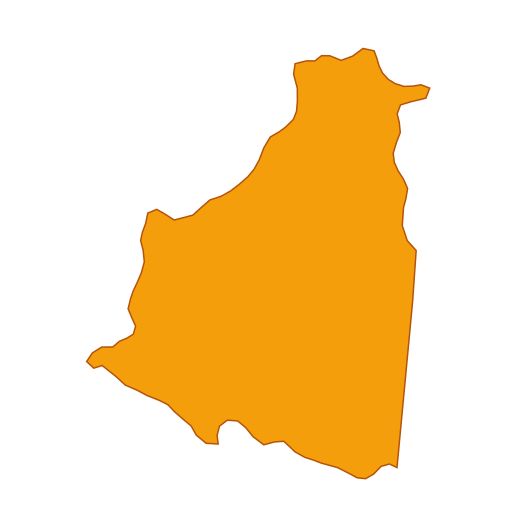 São João do Manteninha, Minas Gerais, Brazil, rotated 274°
{"feature_id": "56859067B59814969540954", "entity_name": "São João do Manteninha", "entity_type": "district", "adm_level": 2, "iso_a3": "BRA", "parent_name": "Brazil", "parent_adm1": "Minas Gerais", "projection": "orthographic", "projection_center": [-41.155, -18.739], "detail": "fine", "context": "isolated", "style": "filled", "palette": "amber", "viewbox_px": 512, "rotation_deg": 274, "n_neighbors": 0, "source": "geoboundaries", "source_scale": "gbopen_adm2", "svg_char_len": 1545}
<svg xmlns="http://www.w3.org/2000/svg" viewBox="0 0 512 512"><g transform="rotate(274 256 256)"><path d="M54.8,411.4L221.2,415.4L244.8,415.4L272.6,415.4L281.9,405.8L296.5,399.8L306.9,399.8L314.7,399.8L324.1,401.6L333.9,402.5L342.9,397.8L350.9,391.8L359.1,387.4L368.0,385.7L379.1,388.2L389.2,391.3L399.3,389.6L407.6,386.9L416.8,389.6L420.6,399.5L425.3,414.4L435.6,417.6L438.3,408.5L436.4,400.7L435.5,391.8L437.7,382.6L441.4,375.7L447.4,369.4L454.2,365.5L461.6,362.8L468.9,359.5L470.5,348.3L462.1,338.4L457.1,327.3L460.9,315.6L460.4,307.4L454.7,301.1L454.2,292.8L450.6,281.6L440.1,280.8L426.3,285.5L412.9,286.5L403.0,286.3L394.9,283.8L386.7,276.6L381.2,270.1L375.8,262.0L364.5,256.3L352.1,252.5L342.5,248.1L334.4,242.3L326.1,234.0L319.2,226.2L313.2,217.1L308.7,206.1L300.5,197.9L292.4,190.2L289.1,180.6L286.2,171.8L291.3,162.6L295.6,153.7L291.3,145.1L280.5,143.6L272.1,141.1L263.5,139.8L253.9,143.0L242.3,145.0L231.3,142.8L221.7,139.5L212.9,136.1L205.0,133.9L194.4,132.1L185.8,136.4L177.7,140.8L169.5,139.1L165.0,132.9L161.4,125.7L155.2,119.4L154.4,108.5L147.9,99.5L138.9,94.4L132.8,102.0L136.0,110.2L131.3,117.0L125.9,124.9L118.1,134.6L113.8,146.8L109.2,157.1L105.3,169.4L101.5,178.5L94.7,185.9L87.7,195.2L82.0,203.1L73.1,209.0L65.7,219.3L65.8,231.4L74.2,229.7L83.7,231.4L90.2,238.8L90.2,249.1L84.1,257.7L75.5,265.7L68.2,276.9L71.9,287.7L73.1,296.7L63.3,308.7L58.6,318.6L56.5,327.2L54.0,335.4L50.6,352.1L45.9,363.3L41.8,372.4L41.5,380.9L46.7,388.6L54.9,395.5L57.8,403.7L54.8,411.4Z" fill="#f59e0b" stroke="#b45309" stroke-width="1.5"/></g></svg>